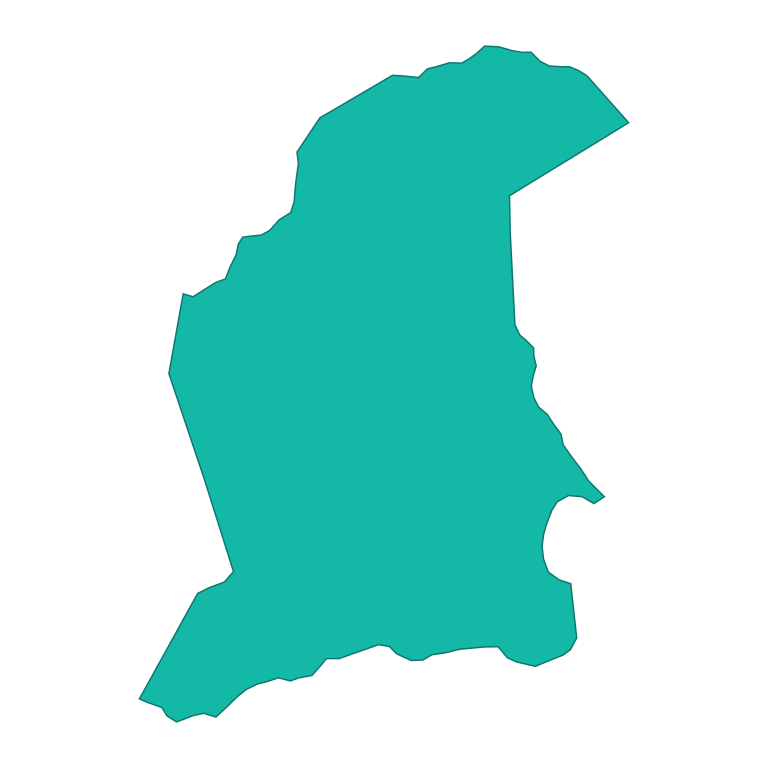 Aparecida, Paraíba, Brazil (orthographic projection)
{"feature_id": "56859067B78543699669517", "entity_name": "Aparecida", "entity_type": "district", "adm_level": 2, "iso_a3": "BRA", "parent_name": "Brazil", "parent_adm1": "Paraíba", "projection": "orthographic", "projection_center": [-38.057, -6.786], "detail": "fine", "context": "isolated", "style": "filled", "palette": "teal", "viewbox_px": 768, "rotation_deg": 0, "n_neighbors": 0, "source": "geoboundaries", "source_scale": "gbopen_adm2", "svg_char_len": 1587}
<svg xmlns="http://www.w3.org/2000/svg" viewBox="0 0 768 768"><path d="M531.0,52.2L522.4,52.4L511.6,50.5L498.7,46.8L484.7,46.1L476.3,53.6L469.5,58.6L461.8,63.1L449.4,62.8L436.0,66.8L427.4,68.9L418.5,77.5L404.9,76.1L392.5,75.3L335.6,108.7L319.9,117.8L297.0,152.1L298.4,163.7L296.5,177.2L295.2,188.1L294.2,201.7L290.7,212.6L279.2,219.8L269.6,230.5L261.2,235.1L251.8,236.0L242.7,237.2L238.3,244.1L236.1,254.8L230.3,266.6L225.4,278.9L215.8,282.4L204.3,289.6L193.1,296.8L183.2,293.8L168.9,373.6L204.3,479.1L233.5,571.6L224.4,582.0L208.9,587.8L197.7,593.4L139.4,698.9L148.0,702.6L161.8,707.5L167.2,716.1L176.6,721.9L193.2,715.6L203.5,713.3L216.0,717.0L226.7,707.0L238.4,695.7L246.4,689.4L257.2,684.1L269.6,680.8L278.2,677.8L290.4,680.9L299.0,677.8L311.9,675.5L320.8,665.5L326.5,658.6L339.1,658.6L353.9,653.3L378.5,644.7L389.4,646.5L396.5,653.7L411.2,660.5L422.9,660.0L432.0,654.7L445.4,652.8L459.2,649.3L470.9,648.2L483.4,647.0L498.1,646.7L507.5,657.9L516.6,662.0L525.9,664.1L535.3,666.3L543.8,662.8L553.6,658.8L563.0,655.1L570.4,649.7L576.7,638.0L570.7,583.7L558.7,579.7L548.4,572.1L543.5,559.1L542.1,546.4L543.5,534.7L546.5,524.3L551.9,510.2L557.3,501.8L568.5,495.5L582.1,496.7L594.0,503.6L604.4,496.7L596.7,489.1L588.7,481.0L580.7,468.7L571.1,456.1L563.2,444.8L561.0,434.1L554.2,425.0L547.4,414.6L538.6,407.0L533.9,397.9L531.3,386.1L533.2,375.9L536.2,365.9L533.9,356.4L533.6,348.0L526.9,341.1L519.6,334.8L514.9,324.7L510.2,232.3L509.5,195.7L628.6,122.7L587.0,75.8L578.8,70.7L569.6,66.8L560.5,66.7L549.3,66.0L540.2,61.4L531.0,52.2Z" fill="#14b8a6" stroke="#0f766e" stroke-width="1.5"/></svg>